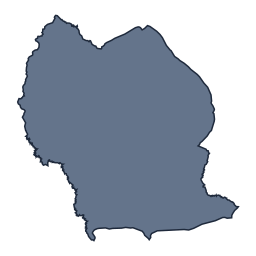 Nong Bua Daeng, Chaiyaphum, Thailand (Robinson projection)
{"feature_id": "78962969B31038405940383", "entity_name": "Nong Bua Daeng", "entity_type": "district", "adm_level": 2, "iso_a3": "THA", "parent_name": "Thailand", "parent_adm1": "Chaiyaphum", "projection": "robinson", "projection_center": [101.608, 16.203], "detail": "fine", "context": "isolated", "style": "filled", "palette": "slate", "viewbox_px": 256, "rotation_deg": 0, "n_neighbors": 0, "source": "geoboundaries", "source_scale": "gbopen_adm2", "svg_char_len": 5636}
<svg xmlns="http://www.w3.org/2000/svg" viewBox="0 0 256 256"><path d="M157.3,230.8L184.1,229.5L188.7,230.0L193.7,228.3L202.0,224.2L215.3,220.7L222.6,217.5L224.9,217.4L227.1,218.2L231.7,217.8L231.8,215.3L232.7,213.5L234.6,210.5L237.5,207.9L238.3,206.7L236.3,206.6L234.2,204.5L234.1,203.5L232.9,202.2L232.4,202.3L232.3,201.9L230.9,201.5L229.0,200.0L227.8,200.0L226.6,198.9L226.6,198.2L226.1,198.3L225.5,197.5L224.3,197.2L223.6,198.0L222.4,197.8L221.8,196.9L221.3,197.2L221.2,196.6L220.5,196.6L220.0,195.6L219.7,195.8L218.8,195.1L216.7,195.5L216.5,195.9L216.3,195.4L216.2,195.8L215.0,195.3L214.3,196.0L213.8,195.7L213.4,196.5L213.5,195.9L212.4,195.4L211.8,195.6L211.9,196.0L211.2,195.8L210.9,196.4L209.6,195.4L208.4,195.3L207.3,194.3L207.1,193.0L206.3,192.4L206.1,190.3L204.9,187.1L203.1,186.9L203.2,185.9L204.7,184.9L202.8,183.1L201.0,179.8L201.1,178.4L202.5,177.5L202.1,177.1L202.6,176.6L202.5,175.7L202.8,176.0L203.1,175.3L202.1,174.7L202.4,173.8L203.0,173.7L203.4,172.9L203.2,171.7L203.4,171.4L203.8,171.6L203.6,170.1L204.2,170.0L204.0,169.6L204.3,169.5L203.7,168.5L204.3,167.7L204.9,165.0L206.2,164.3L207.7,161.6L207.1,160.9L208.2,156.8L208.0,155.3L209.4,153.3L208.7,153.0L208.2,150.8L206.9,150.7L206.0,149.2L198.1,145.9L199.4,144.7L200.2,142.8L202.1,141.3L207.2,136.0L209.5,132.3L211.4,130.5L214.2,121.3L214.5,119.2L213.9,113.7L212.9,112.7L214.1,110.5L214.4,109.2L212.9,105.9L211.3,103.5L211.1,102.7L211.6,101.1L211.0,94.9L207.7,87.3L203.9,83.1L199.5,76.8L197.2,74.4L190.8,69.4L188.4,66.8L184.2,63.3L179.8,60.5L178.2,58.9L174.6,56.5L171.1,50.7L170.1,50.0L166.4,45.5L162.4,37.7L160.0,34.5L156.6,31.2L150.0,26.5L147.5,25.6L144.5,28.5L142.1,29.9L140.5,27.7L139.2,27.0L138.1,26.9L135.4,27.7L124.8,34.1L114.8,38.3L111.4,40.4L106.8,42.5L105.0,43.7L104.3,45.2L103.2,46.2L101.8,46.8L101.6,48.5L101.2,48.9L97.6,48.5L96.8,48.0L95.8,46.1L94.6,45.9L92.1,44.4L90.5,40.8L89.9,40.6L89.0,41.7L87.8,40.6L86.2,40.6L82.8,39.0L81.7,35.9L79.9,34.5L79.2,32.8L79.0,30.8L78.0,29.0L76.9,28.3L76.6,27.6L77.4,26.8L77.2,25.7L76.7,26.2L76.7,26.8L75.6,26.5L75.1,26.9L73.9,25.7L73.6,26.1L73.5,25.1L72.8,25.0L72.2,25.4L72.2,26.2L71.8,26.2L71.4,24.1L69.6,23.2L67.3,23.0L66.5,23.3L65.7,22.0L64.9,22.1L64.5,21.4L63.3,21.2L61.9,19.6L61.3,19.8L57.3,15.7L55.7,15.4L54.7,16.5L54.4,17.5L55.0,18.2L52.6,22.7L47.5,24.4L44.8,26.7L44.7,28.3L44.3,29.0L42.8,29.2L42.7,31.8L41.9,32.5L43.1,34.1L42.1,35.0L42.0,35.9L40.4,36.1L39.5,36.6L38.1,36.3L37.6,37.1L37.6,38.2L35.7,39.1L35.4,39.6L35.8,40.8L36.8,41.2L38.7,42.8L39.2,44.3L38.9,47.4L37.4,49.7L35.1,50.1L32.9,51.6L32.5,52.6L32.8,54.1L32.5,55.2L29.3,56.9L28.2,58.5L28.5,60.1L26.5,63.3L27.1,65.1L26.5,67.5L26.2,71.2L26.9,72.0L26.1,74.1L27.0,75.0L27.3,76.3L25.6,79.6L25.7,81.1L25.1,82.0L25.0,83.7L23.4,85.5L22.8,87.0L23.3,90.1L22.9,91.2L24.1,93.3L23.7,94.9L24.3,95.9L23.0,96.3L22.1,97.9L21.6,97.9L20.9,98.8L19.0,98.6L17.7,102.0L18.3,103.8L20.2,105.3L20.4,106.9L21.5,108.7L24.1,109.7L25.0,110.7L25.0,111.7L24.0,113.4L23.9,114.6L22.4,117.2L25.6,122.8L24.7,126.3L25.7,130.7L26.1,130.9L26.5,132.3L27.5,133.9L27.5,134.7L25.9,136.3L26.9,136.4L26.7,137.7L27.1,138.0L26.7,138.6L27.2,139.0L27.9,138.8L27.6,139.2L28.3,139.1L28.4,139.6L29.3,138.4L29.8,139.3L28.9,140.4L29.2,142.2L29.9,142.4L30.0,142.9L30.2,142.3L30.7,142.4L30.8,143.5L31.8,143.2L31.7,144.2L32.2,143.9L32.1,145.0L32.6,145.0L33.1,146.5L33.6,146.2L34.0,146.6L34.3,147.8L35.1,147.8L35.2,148.6L36.2,148.6L36.3,149.1L37.2,149.0L36.8,149.5L35.6,149.5L35.7,150.3L35.1,150.5L35.7,150.8L35.0,151.5L35.2,151.9L34.8,151.8L34.4,152.4L35.2,152.7L35.3,153.8L34.2,153.9L34.0,154.4L35.1,154.3L34.6,154.8L34.6,155.2L35.4,155.2L35.8,155.5L35.7,156.1L36.4,156.0L36.3,156.9L36.8,156.4L37.7,156.8L38.3,156.1L38.4,156.6L39.6,155.5L39.2,155.9L39.4,157.7L40.6,157.7L40.7,158.4L41.6,159.0L40.5,160.0L41.1,160.8L40.4,161.8L42.0,162.1L42.4,162.9L42.2,163.6L43.4,165.2L45.6,164.4L47.9,165.7L47.7,162.6L48.3,161.6L48.3,160.7L49.2,159.9L49.5,159.9L49.9,161.4L50.6,161.7L51.9,161.2L52.2,162.4L53.6,161.9L53.7,162.4L55.4,162.7L57.7,162.7L59.3,163.6L59.6,162.8L60.1,162.7L61.9,164.5L62.1,164.1L63.0,164.2L62.1,164.7L61.9,166.0L61.3,166.2L61.3,167.0L62.4,166.8L62.0,167.4L62.6,167.3L62.9,168.6L63.4,168.3L62.7,169.1L62.8,170.0L63.3,170.1L62.8,170.5L63.3,171.0L63.6,170.8L64.7,173.7L64.9,173.4L66.3,173.8L66.4,174.9L68.0,176.6L67.6,177.4L68.0,177.5L67.6,178.0L68.3,178.3L67.5,179.4L68.4,180.2L68.7,181.9L69.3,182.0L69.6,183.2L70.1,182.6L73.0,185.1L72.0,186.2L72.3,187.6L73.4,187.3L73.1,188.3L74.5,188.4L75.0,189.2L74.9,189.8L75.2,190.2L76.7,189.6L75.9,191.2L76.5,191.8L75.1,192.6L75.7,194.1L76.9,194.7L76.0,196.0L75.9,197.5L75.2,198.7L76.0,199.7L75.4,200.7L76.0,201.3L75.9,202.0L75.3,201.3L75.3,203.6L73.8,204.3L74.3,207.3L75.0,208.2L75.0,208.8L74.6,208.9L74.7,209.6L75.7,209.4L75.7,210.5L76.7,210.8L76.4,212.1L75.4,212.8L76.4,213.5L76.8,214.6L76.4,214.6L76.4,215.2L77.2,215.1L77.3,215.9L77.9,215.7L78.4,216.1L79.5,214.8L79.9,215.6L81.7,215.6L83.0,214.8L83.7,215.1L83.4,216.5L82.6,217.4L82.6,217.9L83.0,218.2L83.7,217.8L85.0,218.7L84.4,219.0L84.3,219.6L85.5,220.4L86.4,220.5L86.6,221.4L87.2,221.4L85.9,222.5L86.5,223.2L85.6,223.7L86.0,224.1L85.6,224.6L86.5,225.9L86.1,226.4L86.4,227.2L85.8,227.1L86.0,227.6L85.6,227.9L86.3,228.2L86.1,228.7L86.4,228.8L86.1,229.0L86.3,229.7L85.7,230.1L85.8,231.3L86.6,231.9L86.9,233.2L87.7,233.8L88.6,236.5L91.4,239.9L93.0,239.9L93.9,240.6L95.0,238.2L95.0,237.2L92.4,233.1L92.6,232.3L93.9,230.4L94.8,229.7L97.3,228.6L99.2,228.3L105.5,227.9L109.3,229.0L112.6,228.4L121.7,228.1L125.6,227.4L130.5,228.0L132.9,227.7L142.2,231.2L143.9,233.3L144.7,235.3L148.5,238.6L149.2,239.7L150.7,237.5L150.5,235.6L151.6,233.5L157.3,230.8Z" fill="#64748b" stroke="#1e293b" stroke-width="1.5"/></svg>